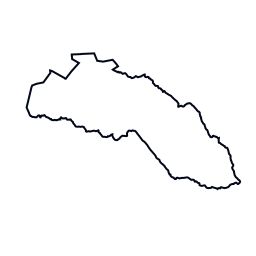 Hwedza, Mashonaland East, Zimbabwe (Mercator projection), rotated 342°
{"feature_id": "62879985B61982490553927", "entity_name": "Hwedza", "entity_type": "district", "adm_level": 2, "iso_a3": "ZWE", "parent_name": "Zimbabwe", "parent_adm1": "Mashonaland East", "projection": "mercator", "projection_center": [31.714, -18.765], "detail": "fine", "context": "isolated", "style": "outline", "palette": "ink", "viewbox_px": 256, "rotation_deg": 342, "n_neighbors": 0, "source": "geoboundaries", "source_scale": "gbopen_adm2", "svg_char_len": 5798}
<svg xmlns="http://www.w3.org/2000/svg" viewBox="0 0 256 256"><g transform="rotate(342 128 128)"><path d="M217.9,214.0L218.1,213.3L217.9,212.5L216.8,210.9L216.5,209.9L215.3,207.9L214.9,205.8L214.9,204.8L215.1,204.0L215.1,203.1L215.4,202.0L214.8,199.6L214.7,198.1L215.0,197.5L215.4,197.3L216.4,196.4L216.6,196.0L216.7,195.5L216.6,195.0L216.1,193.6L216.1,191.3L215.9,190.7L216.3,187.8L216.9,186.5L216.9,185.9L216.6,184.9L216.2,184.2L216.2,182.6L216.4,181.2L216.4,178.5L216.3,177.9L216.1,177.5L214.9,176.9L214.5,176.5L214.3,175.1L213.6,174.6L212.8,173.3L211.9,172.5L210.9,170.8L210.2,170.3L209.9,170.0L210.1,169.0L210.7,166.7L211.1,166.3L211.3,165.8L210.7,165.9L209.8,164.2L209.4,163.8L209.1,163.8L208.7,163.2L207.8,162.7L206.7,161.7L206.1,161.8L205.5,162.6L204.7,162.6L204.1,162.4L203.6,161.9L203.4,160.5L203.0,159.8L202.8,158.7L202.8,154.6L202.5,154.1L202.0,153.6L201.6,151.8L201.8,151.0L201.6,149.7L201.8,148.9L201.8,148.4L201.7,148.0L200.9,147.0L200.8,146.0L200.3,144.6L200.4,142.0L200.3,141.7L200.7,141.0L200.7,140.0L200.3,139.4L200.5,138.9L200.5,138.3L200.5,136.9L200.9,135.9L200.9,135.4L200.7,134.8L200.3,134.3L199.7,133.8L199.4,133.2L198.4,130.4L198.0,129.7L197.0,127.2L196.1,126.3L195.8,125.3L194.9,123.8L194.5,123.6L193.7,123.3L193.2,123.4L192.6,123.1L191.6,123.1L191.2,123.3L189.1,123.8L188.9,123.9L188.5,124.4L187.7,124.7L187.2,124.7L186.8,124.6L186.3,124.0L186.1,124.0L185.8,123.7L185.3,123.2L182.5,123.4L182.5,122.6L183.5,120.6L183.3,119.5L182.9,118.5L182.7,117.5L182.3,117.1L180.5,114.2L180.2,113.4L179.5,112.4L179.1,111.2L178.8,110.7L177.3,109.2L174.7,106.1L174.5,105.7L174.2,104.4L174.0,104.1L173.8,104.0L173.4,104.0L172.7,104.5L172.4,104.4L172.4,103.9L172.4,103.0L172.1,102.3L171.7,102.0L171.5,101.7L171.4,101.5L171.5,101.1L171.4,100.8L170.8,100.2L169.6,99.6L169.3,98.9L169.3,98.5L169.5,97.8L169.3,97.2L167.2,96.4L166.6,95.0L166.5,94.5L165.7,93.0L165.7,92.5L166.1,91.6L166.1,90.6L166.0,90.3L164.7,88.9L164.4,88.2L164.4,87.9L163.3,87.2L163.3,86.0L163.0,85.6L162.6,85.4L161.3,85.4L160.6,85.1L160.2,84.7L160.0,83.5L160.5,82.6L160.5,82.3L160.0,82.2L159.3,82.4L158.5,82.4L157.6,82.7L157.0,82.7L156.1,83.0L154.5,82.8L153.4,82.8L153.1,82.8L152.7,82.4L152.2,81.7L151.4,81.1L149.1,81.9L147.1,81.8L146.5,81.2L146.3,80.6L146.0,80.2L145.2,80.0L144.0,79.2L143.8,78.9L143.1,76.5L142.4,75.1L141.1,74.8L139.9,74.9L139.7,74.8L138.9,73.7L138.5,72.9L138.2,72.7L137.2,72.8L137.0,72.6L136.6,71.8L136.4,71.7L135.7,71.9L135.4,71.3L134.8,71.1L133.9,70.2L132.2,68.6L131.6,67.8L137.6,66.2L136.6,63.2L134.5,58.4L124.9,57.2L119.5,54.6L118.9,46.6L106.3,43.1L106.1,43.2L97.2,40.7L96.2,45.2L101.4,51.0L91.6,56.7L84.0,61.9L83.3,61.5L83.1,60.9L73.2,50.2L71.7,49.2L71.2,51.6L61.6,58.5L54.7,57.7L49.9,58.0L48.5,59.9L37.9,77.2L38.4,82.0L38.7,85.8L39.1,86.5L39.7,86.8L40.0,87.5L40.8,88.1L41.6,88.2L42.7,89.0L43.0,89.0L43.8,89.5L44.6,89.5L45.3,89.1L46.4,88.4L47.0,88.5L47.5,88.7L47.9,89.1L47.9,89.6L47.7,90.3L47.9,90.8L48.2,90.8L48.4,90.6L48.6,90.1L49.8,89.5L50.5,89.7L50.9,90.1L52.4,89.9L52.8,90.4L53.1,91.4L53.8,92.5L54.9,93.0L55.1,93.4L56.3,94.6L56.8,95.7L57.6,95.7L57.9,96.6L58.4,97.0L59.5,97.6L60.5,97.5L61.3,97.9L61.9,98.4L62.1,98.5L62.9,98.4L63.6,98.7L64.5,98.4L65.4,98.4L65.7,98.9L65.9,99.0L66.2,99.0L66.4,98.2L67.4,97.2L67.6,97.2L67.9,97.4L68.4,98.3L69.1,98.9L69.9,99.0L70.9,99.4L71.6,99.2L72.1,99.4L72.5,100.8L72.7,101.2L73.2,101.5L73.7,101.5L74.6,101.9L74.7,102.0L75.0,102.1L75.6,101.9L76.2,102.3L76.5,103.8L77.5,105.2L77.4,106.6L78.3,108.5L78.4,109.5L78.7,110.3L79.2,110.7L80.9,111.4L81.5,111.4L83.1,112.2L85.2,112.6L86.4,113.6L86.5,114.0L86.5,114.7L87.2,116.5L87.2,116.8L87.3,118.1L87.1,118.3L87.5,118.7L89.8,118.9L90.2,119.3L90.6,119.6L94.7,120.0L95.2,120.2L95.9,120.9L97.0,121.2L99.1,121.1L99.2,121.5L98.8,122.1L98.8,123.0L99.2,123.5L99.3,123.6L99.7,124.0L99.8,124.9L100.5,126.6L100.6,126.8L100.7,127.5L101.2,128.4L101.6,128.7L103.2,129.2L104.5,130.0L105.4,130.1L105.8,130.1L106.4,129.6L107.0,130.0L107.3,130.0L108.5,129.9L109.8,129.2L111.2,129.2L110.7,130.7L110.9,132.4L111.1,132.8L111.3,133.9L111.8,134.8L112.2,135.4L112.9,135.8L114.3,136.2L115.1,135.7L116.4,135.5L117.8,134.5L119.9,133.7L120.5,133.7L120.8,133.8L121.4,134.2L121.9,134.3L123.6,135.1L124.0,135.2L124.6,135.2L124.9,134.7L125.3,133.0L125.9,132.1L126.2,131.8L127.8,130.8L128.3,130.9L129.0,131.1L130.3,132.0L131.6,131.7L132.4,132.2L132.8,132.6L133.7,132.9L134.1,133.3L134.5,134.4L134.6,134.6L134.9,135.2L135.1,136.2L136.1,138.8L137.9,144.2L138.2,144.7L139.3,146.1L139.9,147.3L141.0,150.1L142.0,153.9L142.6,155.7L145.4,162.3L145.6,163.1L145.8,165.1L146.4,166.1L147.9,167.8L148.0,168.1L148.0,169.3L148.3,170.8L149.2,172.4L150.4,174.2L150.4,174.5L151.1,175.8L151.2,176.7L152.2,179.3L152.7,180.0L153.0,180.4L153.1,181.5L152.9,182.6L152.9,183.4L153.2,185.1L153.3,185.2L153.9,185.2L154.0,185.3L154.0,185.8L153.8,186.1L153.8,186.9L154.0,187.3L154.8,188.4L155.3,188.8L156.1,189.4L156.5,190.4L156.9,191.1L157.4,191.2L157.9,191.2L158.1,190.9L158.4,190.8L158.8,190.4L159.4,190.5L160.4,191.0L161.0,191.6L161.6,191.9L163.5,192.0L163.8,192.2L164.2,192.2L165.6,192.7L168.6,193.1L169.7,193.6L172.1,196.8L172.6,197.0L173.6,197.1L174.6,197.8L174.9,199.4L175.0,199.7L175.2,199.8L176.0,199.6L176.7,200.2L177.2,201.4L178.7,202.5L178.8,202.9L178.4,204.3L178.6,204.7L179.1,205.2L180.4,205.9L182.6,206.1L183.2,206.3L183.5,206.6L183.7,207.3L184.1,208.6L184.3,209.0L184.9,209.6L185.8,210.0L186.7,210.1L187.3,210.4L188.4,210.5L188.8,210.5L189.7,210.0L190.8,210.9L193.7,212.9L194.0,213.1L194.2,213.7L194.6,213.6L195.1,213.2L195.6,213.2L196.1,213.3L196.9,213.9L197.1,213.9L197.3,213.8L197.8,213.1L198.2,213.1L199.4,213.8L201.1,215.0L203.3,215.2L204.7,215.2L205.4,215.0L207.6,213.7L208.2,213.5L209.9,213.5L211.2,213.9L212.1,213.4L213.4,213.3L214.1,213.5L214.8,214.6L215.1,215.2L215.5,215.3L217.7,214.3L217.9,214.0Z" fill="none" stroke="#020617" stroke-width="2"/></g></svg>